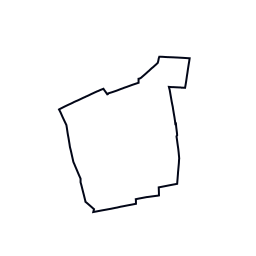 the district of Biled, Timis, Romania, rotated 118°
{"feature_id": "2599482B65563372669313", "entity_name": "Biled", "entity_type": "district", "adm_level": 2, "iso_a3": "ROU", "parent_name": "Romania", "parent_adm1": "Timis", "projection": "robinson", "projection_center": [20.95, 45.877], "detail": "fine", "context": "isolated", "style": "outline", "palette": "ink", "viewbox_px": 256, "rotation_deg": 118, "n_neighbors": 0, "source": "geoboundaries", "source_scale": "gbopen_adm2", "svg_char_len": 2828}
<svg xmlns="http://www.w3.org/2000/svg" viewBox="0 0 256 256"><g transform="rotate(118 128 128)"><path d="M144.0,197.6L146.1,194.6L148.8,191.2L150.3,189.2L151.8,187.2L154.3,183.8L156.4,182.2L160.6,179.1L162.3,177.8L164.8,175.8L169.8,172.0L172.1,170.3L174.4,168.2L176.6,166.3L178.6,164.6L182.9,160.9L183.4,160.5L184.1,159.7L185.4,158.0L186.1,157.2L189.0,153.6L192.1,149.8L195.0,146.1L198.0,144.5L198.2,144.4L200.5,142.2L204.5,138.6L208.0,135.4L211.7,132.1L212.3,131.5L212.6,131.3L213.1,131.0L213.6,128.6L214.4,125.1L215.3,121.3L215.6,119.9L218.5,119.2L215.7,115.7L213.2,112.6L212.8,112.1L210.3,108.9L209.1,107.4L207.3,105.1L206.3,103.9L204.4,101.6L203.3,100.2L200.9,97.5L199.5,95.7L196.9,92.5L194.1,89.0L191.6,85.9L191.2,85.4L189.9,86.1L188.1,87.1L187.2,87.7L185.7,85.9L182.9,82.4L180.1,78.9L179.8,78.4L176.7,74.1L174.5,71.0L173.9,70.1L173.0,69.0L171.0,70.1L167.2,72.3L166.0,73.0L163.1,69.4L160.5,66.2L159.6,65.1L158.3,63.5L156.7,61.5L155.2,59.6L154.2,58.4L151.2,59.7L145.2,62.3L143.9,62.9L138.9,65.0L135.8,66.3L134.0,67.1L133.2,67.5L131.6,68.2L131.4,68.3L130.8,68.5L130.7,68.6L129.3,69.5L125.8,71.8L122.6,74.0L121.1,75.1L118.5,77.0L115.4,79.2L113.0,81.0L112.5,81.3L112.3,81.3L112.0,81.2L111.6,81.2L111.3,81.2L111.0,81.4L109.6,82.3L106.9,84.2L104.5,85.9L102.8,87.0L101.7,87.7L102.2,88.1L101.1,88.9L100.7,89.1L100.0,89.6L96.6,92.1L93.9,94.2L90.5,96.8L88.2,98.5L86.3,100.1L84.2,101.8L81.1,104.2L79.3,105.6L76.2,108.0L74.9,109.0L73.6,110.2L72.5,111.2L71.6,109.1L70.9,107.6L70.6,107.1L69.4,104.5L68.5,102.6L67.4,100.3L67.2,99.4L66.8,98.8L65.7,96.5L62.3,97.6L59.1,98.7L56.6,99.6L54.4,100.4L51.2,101.5L47.9,102.7L45.6,103.5L42.7,104.5L40.6,105.2L37.5,106.3L38.1,107.6L39.8,111.4L42.1,116.4L44.4,121.3L47.5,127.7L48.2,129.3L48.6,130.2L49.2,131.5L49.8,132.7L50.1,133.2L50.4,133.8L51.7,133.6L52.2,133.5L54.1,132.9L55.2,132.6L56.6,132.3L56.8,132.4L58.0,132.8L58.4,132.9L60.5,133.7L61.9,134.2L62.7,134.5L63.8,135.0L64.6,135.3L64.9,135.4L66.3,135.9L67.6,136.3L68.8,136.8L70.5,137.4L71.6,137.8L73.2,138.4L75.5,139.3L76.0,139.5L76.5,139.7L76.9,139.8L77.6,140.1L78.0,140.4L78.3,140.5L78.5,140.7L78.8,140.9L79.1,141.2L79.3,141.4L79.6,141.8L83.1,139.9L83.2,140.0L85.4,142.1L87.6,144.2L88.7,145.2L90.4,146.7L91.5,147.7L92.2,148.3L92.4,148.5L94.3,150.3L95.4,151.2L96.8,152.5L98.3,153.8L98.9,154.3L100.5,155.7L102.2,157.3L103.8,158.8L106.4,161.4L107.6,162.5L107.9,162.0L108.0,162.1L106.4,165.2L106.0,166.1L105.1,167.8L104.9,168.1L106.2,169.2L107.2,170.1L109.2,171.6L110.2,172.5L111.0,173.1L112.4,174.2L113.5,175.0L115.6,176.6L117.3,177.8L118.9,179.0L119.7,179.7L120.6,180.3L122.1,181.5L122.5,181.8L124.0,182.9L125.5,184.0L126.7,184.9L128.0,185.9L128.5,186.4L129.1,186.8L130.2,187.7L131.7,188.7L133.6,190.1L135.0,191.2L135.8,191.8L138.1,193.5L139.2,194.3L141.5,195.9L142.5,196.6L144.0,197.6Z" fill="none" stroke="#020617" stroke-width="2"/></g></svg>